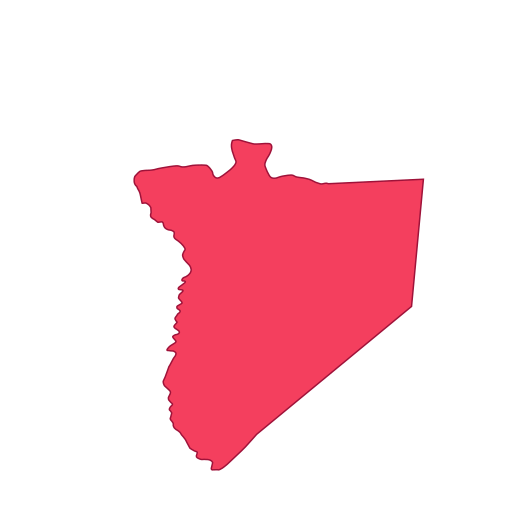 the district of San Vicente Centenario, Santa Bárbara, Honduras, rotated 229°
{"feature_id": "27666195B10024798844704", "entity_name": "San Vicente Centenario", "entity_type": "district", "adm_level": 2, "iso_a3": "HND", "parent_name": "Honduras", "parent_adm1": "Santa Bárbara", "projection": "equal_earth", "projection_center": [-88.287, 14.884], "detail": "fine", "context": "isolated", "style": "filled", "palette": "rose", "viewbox_px": 512, "rotation_deg": 229, "n_neighbors": 0, "source": "geoboundaries", "source_scale": "gbopen_adm2", "svg_char_len": 6067}
<svg xmlns="http://www.w3.org/2000/svg" viewBox="0 0 512 512"><g transform="rotate(229 256 256)"><path d="M160.6,81.5L154.5,80.1L154.1,80.1L152.3,80.6L149.2,81.7L147.2,82.8L146.6,82.9L146.3,82.8L145.7,82.1L145.3,81.5L144.6,80.4L144.3,79.9L143.9,79.6L143.4,79.3L143.1,79.3L142.4,79.3L141.9,79.4L139.8,80.3L138.5,81.1L137.8,81.8L136.5,83.5L135.4,84.6L134.2,85.9L133.0,86.9L132.3,87.3L131.7,87.6L131.0,87.8L130.2,88.0L129.1,87.9L128.5,87.7L127.3,86.1L125.6,83.7L125.0,82.9L124.7,82.7L124.3,82.5L124.0,82.4L123.7,82.5L123.3,82.7L120.2,86.5L119.2,87.4L119.0,87.8L118.8,88.1L118.5,89.1L118.0,91.5L117.8,94.0L117.7,97.9L118.5,117.1L118.9,122.8L120.1,132.7L121.0,139.5L115.9,340.3L204.1,432.7L263.0,358.1L264.2,357.3L264.7,356.9L265.2,356.3L265.8,355.4L266.7,353.7L267.4,352.7L267.9,352.2L268.4,351.8L272.4,349.4L274.1,348.7L277.0,347.5L279.1,346.4L282.1,344.3L283.8,343.0L284.9,342.0L286.9,340.2L288.7,338.7L289.6,338.1L290.2,337.8L292.3,337.0L292.9,336.6L293.6,336.1L294.1,335.5L294.6,334.9L296.0,333.0L298.0,329.8L298.8,328.5L299.6,327.0L300.3,325.5L301.1,323.5L301.6,322.3L302.1,321.6L302.8,320.7L303.3,320.2L303.8,319.7L304.9,319.1L305.8,318.8L306.9,318.7L308.4,318.9L312.3,319.8L315.0,320.7L317.5,321.6L318.8,322.3L319.4,322.9L320.0,323.5L320.7,324.7L321.5,326.1L322.4,328.2L323.4,331.5L324.2,333.6L325.2,335.6L326.2,337.4L327.2,338.7L327.9,339.4L328.3,339.7L329.3,340.2L330.4,340.4L331.1,340.3L331.9,339.9L332.9,338.9L333.8,337.9L334.9,336.7L338.2,332.3L340.3,329.7L341.4,328.4L342.1,327.8L343.0,327.1L348.2,323.6L355.0,319.2L355.8,318.4L357.0,316.7L357.8,315.4L358.6,314.0L357.9,312.8L357.2,311.8L356.3,310.7L355.3,309.8L354.3,309.0L353.5,308.5L350.9,307.0L349.7,306.5L344.2,304.2L341.6,303.4L340.6,303.0L340.2,302.7L339.8,302.3L339.5,301.9L339.2,301.2L338.7,299.9L338.4,298.5L338.1,295.7L338.0,293.1L338.2,288.7L338.5,284.2L338.9,281.5L339.1,280.3L339.4,279.3L339.7,278.8L340.0,278.2L340.3,277.8L340.8,277.4L341.7,276.9L342.2,276.8L343.0,276.7L344.1,276.7L345.4,276.9L346.3,277.3L347.7,278.1L349.1,278.5L351.2,278.7L352.8,278.8L354.5,278.7L355.9,278.5L356.8,278.2L357.6,277.5L360.2,274.8L363.7,270.6L365.9,267.7L367.1,265.7L369.1,262.1L369.9,260.8L370.9,259.6L371.6,258.8L372.4,258.1L373.2,257.6L374.5,256.8L375.4,256.0L376.3,255.0L377.9,252.8L379.9,249.8L384.0,243.1L386.0,239.7L388.0,235.7L389.4,233.5L390.4,232.1L393.3,228.5L394.4,226.9L395.4,225.4L395.9,224.4L396.1,223.6L396.1,221.5L395.9,219.5L395.7,217.6L395.5,216.7L395.1,216.0L394.4,215.0L393.4,214.0L392.1,212.9L391.3,212.4L390.7,212.1L389.9,211.8L388.9,211.6L387.9,211.5L387.0,211.7L386.5,211.6L384.4,210.9L381.9,210.4L380.3,209.9L379.1,209.4L378.0,208.8L373.0,206.0L370.6,204.7L370.3,204.9L369.7,205.8L368.7,207.2L368.5,207.4L368.2,207.6L366.9,208.2L365.2,208.6L364.1,208.7L362.8,208.6L361.7,208.4L361.4,208.3L357.7,205.4L357.2,204.8L356.4,203.6L355.6,202.9L355.1,202.6L354.5,202.4L353.9,202.3L353.2,202.4L352.1,202.6L350.1,203.3L347.6,203.7L346.0,204.0L345.7,204.2L345.3,204.8L343.7,207.2L343.4,207.4L343.1,207.6L342.3,207.6L341.7,207.5L341.1,207.2L340.0,206.5L338.6,206.0L337.6,205.8L336.6,205.8L335.2,206.1L333.7,206.8L332.9,207.3L331.3,208.7L330.0,209.4L329.1,209.7L328.4,209.9L328.0,209.9L327.5,209.7L326.9,209.3L326.1,208.5L325.3,207.5L324.8,207.0L323.9,206.5L323.0,206.3L322.1,206.3L321.3,206.4L320.5,206.6L318.6,207.1L316.9,207.4L314.7,207.7L311.5,207.8L309.8,207.6L308.5,207.4L307.8,207.1L307.5,206.8L307.3,206.5L307.1,206.0L306.8,204.9L305.9,202.8L305.1,201.5L304.6,201.0L303.3,200.3L301.4,199.6L300.7,199.5L297.0,199.5L293.0,199.7L292.0,199.6L290.6,199.3L288.9,198.5L288.3,198.2L287.8,197.7L287.4,197.2L287.0,196.6L286.7,196.0L286.4,195.4L286.1,193.6L286.0,192.4L286.2,190.6L286.4,189.3L287.0,187.8L287.2,186.8L287.2,186.2L287.1,185.7L286.9,184.9L286.6,184.5L286.3,184.2L285.9,184.1L285.4,184.2L285.2,184.4L284.6,185.1L284.0,185.6L283.6,185.8L283.3,185.9L283.1,185.9L282.9,185.7L282.7,185.4L282.6,185.1L282.5,184.4L282.7,181.5L283.0,177.7L282.9,176.8L282.6,176.1L282.3,175.9L282.0,175.8L281.7,175.7L281.4,175.8L280.5,176.5L279.6,177.4L279.1,177.8L278.4,178.2L278.1,178.3L277.9,178.2L277.7,178.1L277.5,177.8L277.3,176.9L277.2,173.4L277.1,172.9L276.9,172.3L276.3,171.4L275.7,170.6L275.2,170.0L274.8,169.9L273.9,169.8L272.3,169.8L270.6,169.9L269.7,169.7L269.1,169.4L269.0,169.2L269.0,168.2L269.8,164.2L269.8,163.6L269.6,163.0L269.4,162.8L269.0,162.5L268.2,162.1L267.5,162.2L265.8,162.7L265.0,162.8L264.3,162.7L264.0,162.5L263.7,161.9L263.5,161.1L263.5,160.0L263.6,158.9L263.5,158.6L263.0,157.0L262.6,155.2L262.4,154.5L261.9,153.8L261.4,153.5L259.6,153.1L258.2,153.1L257.8,152.9L257.7,152.5L257.5,151.7L257.3,149.7L257.1,148.9L256.9,148.2L256.6,147.8L256.3,147.6L255.8,147.5L254.6,147.5L253.9,147.6L253.1,148.0L252.4,148.1L251.2,148.4L250.3,148.6L249.6,148.5L249.2,148.4L248.8,148.2L248.6,148.0L248.4,147.6L248.3,147.2L248.2,146.7L248.3,146.2L248.4,145.6L248.6,145.0L249.4,143.6L249.7,142.7L249.9,141.5L249.9,140.6L249.7,140.2L249.0,139.9L248.0,139.8L245.2,139.8L244.4,139.7L244.0,139.5L243.7,139.1L243.6,138.4L243.6,137.4L243.9,135.7L244.2,133.8L244.4,132.5L244.4,131.2L244.4,130.7L244.1,128.6L243.8,127.7L243.6,127.3L243.4,127.1L243.2,127.1L242.9,127.1L242.7,127.3L241.9,128.1L240.5,129.3L239.1,130.7L238.5,131.3L238.0,131.5L236.8,131.9L235.9,132.0L235.1,131.8L234.8,131.5L234.5,131.2L234.0,130.5L233.5,129.3L232.9,126.6L230.2,119.6L229.5,117.4L229.0,116.6L227.2,113.4L224.3,108.1L222.7,104.6L222.3,103.8L221.9,103.4L221.3,103.0L220.4,102.5L219.0,102.0L218.1,101.8L211.6,102.5L210.2,102.5L209.5,102.2L208.9,101.7L208.3,100.8L207.4,98.7L206.7,97.1L205.8,96.3L204.9,95.8L204.3,95.7L201.5,95.7L199.6,95.9L199.2,95.9L198.9,95.7L198.7,95.3L198.5,94.7L198.4,94.2L198.4,93.0L198.1,91.9L197.7,90.8L197.2,90.1L196.8,89.8L196.5,89.7L195.0,89.8L193.7,89.6L192.8,89.4L190.7,86.4L189.7,84.8L189.4,84.5L189.0,84.3L188.2,84.1L186.6,84.1L185.4,84.0L184.0,83.7L183.6,83.5L182.8,82.7L182.3,82.3L181.3,81.9L180.2,81.6L179.4,81.6L178.4,81.7L177.6,81.8L175.4,82.5L174.4,82.7L173.1,82.9L172.2,82.9L170.0,82.5L167.0,82.5L164.0,82.3L162.9,82.1L160.6,81.5Z" fill="#f43f5e" stroke="#9f1239" stroke-width="1.5"/></g></svg>